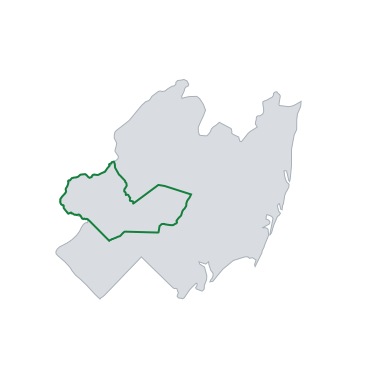 Ogooué-Ivindo highlighted on a map of Gabon, rotated 224°
{"feature_id": "GAB-2186", "entity_name": "Ogooué-Ivindo", "entity_type": "Province", "adm_level": 1, "iso_a3": "GAB", "parent_name": "Gabon", "parent_adm1": "", "projection": "equal_earth", "projection_center": [13.011, 0.34], "detail": "fine", "context": "in_parent", "style": "outline", "palette": "green", "viewbox_px": 384, "rotation_deg": 224, "n_neighbors": 0, "source": "natural_earth", "source_scale": "10m", "svg_char_len": 6463}
<svg xmlns="http://www.w3.org/2000/svg" viewBox="0 0 384 384"><g transform="rotate(224 192 192)"><path d="M249.3,57.4L249.1,60.6L246.5,68.3L245.2,74.3L244.9,80.7L245.6,85.8L246.9,89.5L247.7,93.4L247.1,96.2L245.8,97.4L246.7,98.8L248.6,99.1L251.9,97.9L257.0,95.8L263.7,92.7L268.1,91.1L275.3,92.1L279.2,93.3L281.1,95.4L283.3,104.6L284.3,106.0L286.1,109.9L287.5,114.5L287.9,116.9L287.7,118.6L286.2,121.2L284.6,124.9L284.0,127.1L282.6,128.8L280.8,130.4L276.0,131.1L275.3,132.1L273.9,136.0L271.4,139.4L270.2,142.5L269.2,146.8L269.4,152.0L268.9,159.5L268.4,164.6L269.6,166.4L275.4,167.7L276.5,168.7L278.1,171.8L280.0,174.8L285.3,176.7L287.4,178.9L289.0,181.4L289.2,183.5L288.0,191.7L286.9,199.5L287.3,205.5L287.8,211.2L288.4,219.5L288.1,224.6L286.6,227.7L286.6,230.1L287.3,233.0L286.0,241.1L285.1,242.5L282.8,244.0L281.5,246.2L281.1,249.6L279.8,254.3L278.5,256.0L278.5,258.2L279.8,259.8L279.8,262.2L277.4,265.1L276.0,267.3L272.8,268.4L269.2,267.2L268.4,265.6L269.3,263.1L269.0,261.1L267.7,259.0L265.8,253.5L264.1,252.4L263.1,254.6L260.2,258.8L255.0,264.1L251.4,264.5L244.7,262.9L239.1,260.3L236.5,254.1L234.8,249.0L232.5,243.0L229.8,240.2L226.9,238.4L225.6,238.3L221.5,241.6L220.3,242.9L220.3,245.7L220.7,248.3L221.3,249.5L221.9,251.2L221.8,253.8L221.0,257.3L220.8,261.1L207.9,264.8L205.7,263.5L204.1,261.8L202.1,262.1L196.6,264.0L194.5,262.7L192.5,261.7L191.5,262.5L191.5,264.1L192.4,273.1L192.1,276.5L190.9,281.0L190.2,284.1L193.6,284.9L194.8,286.3L196.0,288.6L197.7,290.7L197.8,292.0L195.9,294.3L195.3,297.2L196.2,299.5L198.5,301.8L201.9,304.3L203.6,305.9L203.4,307.4L201.8,310.5L201.2,313.1L200.2,315.5L200.4,317.7L201.9,319.8L201.7,321.6L200.7,323.0L198.6,322.7L196.8,322.9L195.2,322.4L190.2,315.2L189.1,315.0L181.8,320.5L180.0,322.8L178.5,326.0L176.5,333.0L173.2,328.9L170.4,321.5L167.0,316.9L160.0,309.5L158.2,304.1L150.2,292.0L138.7,280.0L130.4,269.6L129.1,267.3L130.5,267.6L138.5,272.8L139.6,272.2L140.5,271.1L137.1,268.3L133.8,266.2L130.7,264.9L127.6,265.0L125.8,262.8L124.7,259.4L124.1,256.6L122.7,253.6L118.3,247.4L117.3,245.0L114.8,241.7L116.3,241.3L121.0,244.4L121.5,243.2L121.0,241.3L116.3,238.4L113.7,238.2L113.1,236.1L113.5,233.7L110.1,224.7L106.5,218.0L106.0,214.8L115.5,229.4L116.8,229.7L118.4,229.6L122.4,227.9L121.6,226.0L119.9,223.9L118.1,224.8L115.9,225.0L114.7,224.1L114.2,222.6L116.4,215.5L115.5,215.9L114.7,217.1L113.5,217.7L111.6,218.1L106.9,214.3L102.8,204.0L101.7,201.9L100.6,198.3L99.5,196.9L94.8,182.2L96.6,183.3L98.7,187.6L102.9,186.7L104.6,184.2L106.0,184.3L107.5,183.7L109.3,181.4L114.7,171.4L116.2,158.1L115.7,150.2L114.9,142.3L116.7,139.8L117.4,141.5L117.7,144.3L118.6,146.3L120.5,148.2L124.1,148.7L129.6,151.6L131.6,153.4L132.1,149.7L138.5,146.6L136.5,145.5L130.9,146.7L123.1,142.0L120.6,139.0L118.2,133.4L115.7,130.4L115.9,127.7L121.4,125.3L122.9,125.6L123.5,128.5L125.0,129.7L125.6,129.3L125.8,126.8L125.8,120.1L124.1,110.5L124.6,108.6L126.2,108.0L127.5,106.7L128.5,106.4L130.4,106.7L131.3,108.9L131.8,110.1L133.7,110.7L135.3,111.9L136.6,111.6L137.7,110.2L139.4,109.9L144.4,109.9L149.0,109.9L158.2,110.0L167.3,110.0L176.5,110.1L183.4,110.1L183.3,104.6L183.3,96.1L183.3,86.1L183.2,76.5L183.2,67.6L183.2,57.1L183.5,54.1L184.0,52.9L183.8,51.1L190.9,51.0L203.7,51.8L209.3,51.7L210.9,51.8L217.9,51.3L223.6,52.0L226.0,52.7L228.2,53.1L234.9,53.5L243.8,53.0L246.8,53.1L248.5,54.6L249.3,57.4Z" fill="#d9dde1" stroke="#a8b0b8" stroke-width="1"/><path d="M245.6,100.0L246.0,100.0L246.7,99.9L247.8,100.0L248.5,99.8L249.1,99.5L249.8,98.4L250.4,98.3L250.9,98.1L251.2,97.3L251.4,97.0L252.1,96.7L252.8,96.6L253.3,96.7L254.5,97.2L255.6,97.5L256.6,97.5L257.7,97.2L258.1,96.8L258.9,95.4L260.1,94.8L260.5,94.3L261.0,93.9L261.7,93.8L262.0,93.8L262.3,93.8L262.9,93.6L263.2,93.5L263.6,93.1L263.8,92.9L264.0,93.0L264.3,93.2L264.5,93.3L264.8,93.1L265.3,91.9L265.7,90.7L266.2,90.4L272.5,91.2L273.1,91.3L273.7,91.8L274.2,92.5L274.7,93.0L275.4,93.1L276.6,92.4L277.3,92.2L277.9,92.3L279.3,92.8L279.5,93.1L279.8,93.4L280.0,93.6L280.4,93.7L280.5,94.0L280.8,94.5L281.2,94.7L281.6,95.1L281.8,95.6L282.3,98.4L282.3,99.6L282.3,103.0L282.6,104.2L283.1,105.1L284.7,106.1L285.2,107.0L285.7,109.4L286.1,110.4L286.6,111.4L287.1,112.3L287.8,113.1L288.6,113.6L288.8,114.0L288.8,114.6L288.5,115.0L288.1,115.4L287.8,115.7L287.9,116.3L288.1,118.4L287.0,120.3L285.4,122.1L284.5,124.0L284.4,126.3L284.1,127.3L281.6,130.2L281.5,130.4L281.3,130.6L280.9,130.8L279.2,130.9L277.3,130.7L275.6,131.0L274.6,132.9L275.0,133.8L275.2,134.7L275.1,135.7L274.4,136.7L271.9,138.5L271.2,139.5L270.0,143.1L268.9,145.4L268.7,146.5L268.9,147.7L269.2,149.1L269.4,150.2L269.5,153.4L269.7,153.8L270.1,153.8L270.5,153.9L270.8,154.4L270.8,154.9L270.3,155.7L270.1,156.2L270.2,156.8L270.4,157.3L270.4,157.8L270.1,158.4L269.7,158.9L269.3,159.6L266.8,158.4L265.1,156.8L264.4,156.2L263.7,155.9L257.0,153.9L256.5,153.8L255.2,153.9L248.9,153.6L248.2,153.6L247.9,153.5L247.6,153.3L247.2,153.0L246.9,152.8L246.0,152.9L245.6,152.8L245.2,152.6L244.8,152.3L243.6,151.4L243.3,151.1L243.2,150.7L242.6,147.9L242.5,147.0L242.3,146.7L241.8,146.1L241.3,145.5L241.0,145.3L240.0,145.5L239.7,145.5L239.3,145.4L239.0,145.2L238.4,144.7L237.8,144.1L237.5,144.0L236.6,145.2L236.2,145.5L235.7,145.6L235.3,145.5L234.3,145.1L233.5,144.9L232.8,145.0L232.4,144.9L232.1,144.5L232.0,144.1L231.7,143.7L231.4,143.4L231.1,143.0L230.8,142.8L230.3,142.7L228.2,144.1L227.8,144.2L227.5,144.1L227.2,143.9L226.9,143.5L226.6,143.1L226.4,142.9L226.2,143.0L221.1,173.7L215.9,177.3L191.0,189.6L190.0,186.7L189.9,186.3L189.4,182.6L188.8,181.2L188.4,180.4L188.2,179.9L186.9,178.5L186.6,178.1L186.4,177.6L185.9,175.3L185.8,174.6L185.9,173.4L185.8,172.7L185.7,172.1L185.6,171.6L183.8,168.1L183.6,167.7L183.5,167.2L183.5,166.8L183.5,165.7L183.6,164.4L183.4,162.4L183.2,160.8L183.1,160.5L182.8,160.2L182.5,160.1L182.2,160.0L181.9,159.9L181.7,159.7L181.6,159.4L181.5,159.1L181.5,158.7L181.6,158.2L182.2,156.8L182.4,155.4L182.7,154.9L183.6,154.1L184.1,153.5L188.8,150.1L189.4,150.0L189.7,149.8L190.2,149.3L190.6,148.9L191.3,148.2L191.5,147.7L191.6,147.1L191.5,146.4L191.7,145.0L188.3,140.1L188.1,139.7L188.4,139.1L212.6,117.0L212.9,116.6L213.0,116.2L213.2,114.9L213.1,114.7L213.1,114.4L213.1,114.1L213.2,113.6L213.2,113.4L213.1,111.7L213.1,110.8L213.2,110.1L213.3,110.0L214.2,108.3L214.5,107.7L214.9,106.6L214.9,106.4L215.0,106.2L215.1,105.9L215.6,105.1L215.7,104.9L216.3,103.2L216.8,102.7L216.9,102.4L217.0,101.7L217.1,101.4L217.1,101.2L217.5,100.6L217.6,100.4L217.7,99.8L217.7,99.4L245.6,100.0Z" fill="none" stroke="#15803d" stroke-width="2"/></g></svg>